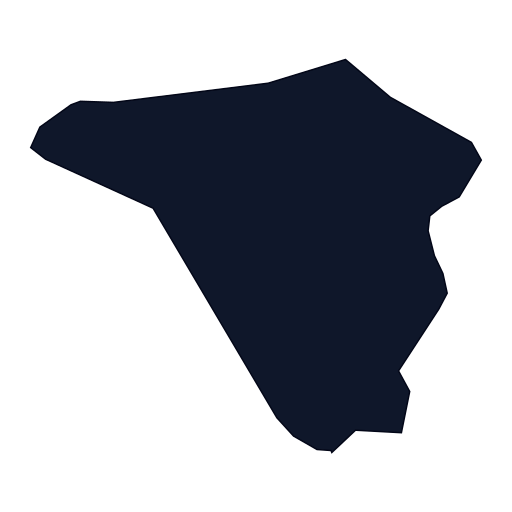 the Municipality of Sežana
{"feature_id": "SVN-1034", "entity_name": "Sežana", "entity_type": "Municipality", "adm_level": 1, "iso_a3": "SVN", "parent_name": "Slovenia", "parent_adm1": "", "projection": "orthographic", "projection_center": [13.883, 45.722], "detail": "fine", "context": "isolated", "style": "filled", "palette": "ink", "viewbox_px": 512, "rotation_deg": 0, "n_neighbors": 0, "source": "natural_earth", "source_scale": "10m", "svg_char_len": 484}
<svg xmlns="http://www.w3.org/2000/svg" viewBox="0 0 512 512"><path d="M331.8,452.5L331.0,450.5L317.0,449.5L293.6,436.1L276.9,417.8L153.1,208.2L45.6,159.2L30.7,147.6L39.9,127.1L71.0,104.8L80.4,101.3L113.4,102.4L268.2,83.2L345.5,59.5L390.3,97.3L471.4,142.4L481.3,160.1L459.2,196.9L441.8,206.2L429.8,215.9L428.1,230.8L434.4,255.7L442.9,273.5L447.2,293.2L438.8,309.1L398.5,370.9L409.7,391.5L401.4,432.7L355.5,430.2L331.8,452.5Z" fill="#0f172a" stroke="#020617" stroke-width="1.5"/></svg>